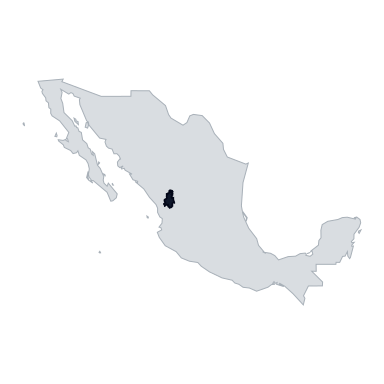 Mezquital, Durango, Mexico (highlighted)
{"feature_id": "50627088B27978292872391", "entity_name": "Mezquital", "entity_type": "district", "adm_level": 2, "iso_a3": "MEX", "parent_name": "Mexico", "parent_adm1": "Durango", "projection": "robinson", "projection_center": [-104.475, 23.057], "detail": "fine", "context": "in_parent", "style": "filled", "palette": "ink", "viewbox_px": 384, "rotation_deg": 0, "n_neighbors": 0, "source": "geoboundaries", "source_scale": "gbopen_adm2", "svg_char_len": 6818}
<svg xmlns="http://www.w3.org/2000/svg" viewBox="0 0 384 384"><path d="M38.0,81.3L63.2,79.1L61.9,81.7L101.3,96.4L130.9,96.3L131.0,90.7L149.4,90.8L152.6,94.8L165.5,105.6L168.6,114.6L171.0,118.1L183.0,125.2L186.9,122.6L189.8,115.9L193.4,114.4L202.2,115.6L209.5,123.0L214.4,133.6L222.9,143.3L223.5,149.4L227.3,157.0L245.8,164.1L248.3,163.0L243.0,182.6L241.4,205.9L242.3,210.9L247.2,217.7L246.2,221.3L246.4,217.6L242.4,211.9L243.7,217.2L248.7,228.2L256.7,238.7L258.5,245.3L264.1,252.0L262.6,251.8L265.8,253.4L264.8,252.4L270.6,253.3L274.8,255.6L278.5,259.9L288.2,256.6L295.5,256.2L300.2,253.6L305.3,253.1L306.3,254.1L305.9,255.4L310.1,256.3L312.8,254.2L312.0,250.8L310.7,251.6L311.0,250.9L318.4,245.2L318.9,240.5L321.0,237.8L320.9,230.2L322.2,224.6L327.8,221.3L337.9,219.5L342.3,217.6L347.2,217.2L355.4,219.1L356.0,217.9L353.9,217.8L356.7,217.0L360.0,219.5L360.7,222.8L359.1,227.3L354.0,234.2L353.9,238.8L351.3,241.6L351.8,242.7L354.2,242.3L351.7,245.2L351.8,246.3L353.4,246.0L350.4,257.5L349.6,258.6L347.8,256.0L347.4,251.6L345.1,256.1L342.6,256.4L339.7,262.4L336.1,262.3L335.9,264.3L316.1,264.3L316.2,271.3L311.7,271.2L322.6,282.0L322.4,285.9L308.4,286.0L303.5,295.8L304.9,298.3L303.3,304.9L293.0,293.7L284.7,286.2L279.7,283.3L279.2,284.0L283.8,286.6L276.6,284.3L277.1,282.5L275.2,283.3L274.0,281.6L272.7,283.4L275.1,284.2L271.5,284.6L268.0,287.2L256.6,291.2L249.3,288.0L243.1,287.3L238.9,284.3L234.8,283.0L232.1,280.2L222.0,277.9L209.5,271.9L201.3,266.3L197.8,262.5L189.4,261.2L181.3,257.9L176.2,251.7L165.2,245.7L159.3,237.4L157.3,232.3L161.7,229.9L161.0,227.8L159.0,227.1L162.0,223.2L162.3,218.6L159.9,217.0L157.6,212.4L157.6,208.2L156.0,204.5L149.5,197.4L143.8,188.9L135.0,181.5L137.5,182.9L137.7,181.3L133.0,179.8L129.5,174.0L132.0,174.1L125.1,170.2L124.2,168.3L121.6,169.0L121.2,168.1L123.1,165.9L119.8,167.6L117.8,165.9L117.4,162.1L119.9,158.8L120.7,159.4L119.1,155.9L116.9,153.7L114.0,153.8L112.1,149.1L108.5,148.1L106.4,146.1L105.0,142.0L106.0,139.4L99.7,138.1L88.9,125.0L88.3,121.9L86.7,120.9L79.9,104.7L79.4,99.8L80.2,98.2L74.2,96.1L72.9,93.5L70.9,92.6L68.8,94.1L60.7,89.2L62.1,92.4L60.9,98.5L62.7,103.3L64.0,112.6L72.2,120.7L74.8,126.2L76.0,125.9L76.6,127.6L77.8,127.8L79.0,131.3L81.3,132.4L82.6,139.9L86.8,143.6L88.2,147.8L90.2,149.1L91.6,154.1L93.3,155.3L92.4,151.6L94.7,153.8L97.5,165.2L100.2,168.4L103.8,176.6L103.2,180.1L104.0,183.2L107.1,186.2L108.3,183.1L117.2,193.9L116.3,197.8L112.8,200.8L110.8,201.2L107.1,192.3L93.1,180.5L91.8,180.7L89.0,177.0L88.4,174.4L89.3,168.9L88.1,163.6L86.0,159.9L79.3,155.3L77.9,150.8L76.6,152.7L73.1,153.6L70.6,150.5L64.3,147.4L63.3,144.8L58.6,141.0L58.2,139.7L63.1,140.4L66.0,139.3L66.0,140.5L68.4,141.7L67.5,138.7L66.4,138.5L68.8,132.4L59.7,120.9L52.1,115.9L50.7,113.3L50.8,109.1L48.9,107.7L48.4,102.8L46.0,100.8L45.7,97.9L42.4,93.4L41.9,91.3L43.0,89.8L40.7,88.0L38.0,81.3ZM88.5,125.2L87.6,128.1L85.2,127.2L86.2,122.7L87.7,122.3L88.5,125.2ZM78.4,124.6L74.9,121.4L74.0,118.1L75.8,119.2L76.2,121.0L78.0,121.5L78.4,124.6ZM359.2,233.4L358.3,232.4L358.7,231.0L361.0,229.9L359.2,233.4ZM89.1,180.6L86.6,177.6L88.1,171.4L87.7,177.0L89.1,180.6ZM56.8,136.8L54.9,136.4L56.3,133.1L57.1,135.6L56.8,136.8ZM24.6,126.0L23.0,123.9L23.4,122.9L24.0,123.0L24.6,126.0ZM91.2,180.7L92.8,183.1L89.6,180.8L91.2,180.7ZM148.4,217.1L148.1,218.1L147.2,217.7L146.9,216.0L148.4,217.1ZM104.8,174.5L105.4,176.3L103.7,174.0L104.8,174.5ZM98.7,162.0L99.6,162.9L98.2,164.6L98.7,162.0ZM100.6,252.8L99.9,253.0L99.0,252.3L99.8,251.3L100.6,252.8ZM308.7,253.1L307.0,253.6L310.0,252.5L308.7,253.1ZM113.3,185.1L112.4,184.9L112.2,183.1L113.3,185.1Z" fill="#d9dde1" stroke="#a8b0b8" stroke-width="1"/><path d="M172.4,192.6L172.7,192.0L172.3,192.0L172.3,191.6L172.3,191.4L172.3,191.2L172.3,190.9L172.2,190.9L172.1,190.7L171.7,190.5L171.4,190.6L171.1,190.5L170.8,190.3L170.5,190.5L170.1,190.4L170.1,190.6L169.8,190.5L169.7,190.4L169.4,190.7L169.7,190.8L169.5,191.1L169.8,191.1L170.2,191.4L170.4,191.3L170.5,191.3L170.5,191.2L170.7,191.3L170.8,191.4L170.9,191.6L170.5,191.8L170.5,191.7L170.4,191.8L170.2,191.6L170.1,191.8L169.9,191.9L170.0,192.1L170.3,192.1L170.5,192.1L170.5,192.3L170.3,192.3L170.0,192.3L169.7,192.3L169.7,192.0L169.7,191.9L169.3,192.6L169.2,192.8L168.9,192.7L168.1,193.2L168.3,193.4L168.2,193.6L168.3,193.7L168.0,193.9L167.9,193.8L167.6,193.5L167.4,193.8L166.6,193.8L166.6,195.2L167.1,194.6L167.2,194.8L167.0,195.0L167.0,195.3L166.9,195.4L166.7,195.4L166.7,195.5L166.7,195.8L166.7,196.1L166.5,196.5L166.6,196.9L166.6,197.0L166.8,197.3L166.7,197.5L166.8,197.7L166.8,197.8L166.7,197.8L166.7,198.0L166.8,198.1L166.7,198.2L166.6,198.3L166.4,198.7L166.2,198.7L166.1,198.8L165.9,198.9L165.9,199.0L165.7,199.0L165.4,199.3L165.2,199.2L165.1,199.3L164.9,199.4L164.7,199.6L164.6,199.8L164.4,199.9L164.4,200.0L164.5,200.0L164.4,200.2L164.5,200.3L164.5,200.6L164.4,200.7L164.4,200.8L164.5,201.0L164.7,201.3L164.7,201.6L164.6,201.8L164.8,202.0L165.0,202.2L165.4,202.1L165.5,202.2L165.5,202.3L165.5,202.5L165.4,203.0L165.5,203.0L163.9,203.7L163.8,203.8L163.8,204.1L164.5,205.0L164.7,206.1L165.0,206.0L166.0,204.7L166.1,204.2L166.3,204.2L166.4,204.3L166.5,204.3L166.6,204.2L166.8,204.2L166.9,204.3L167.0,204.4L166.9,204.5L166.9,204.8L167.0,204.9L166.9,205.0L167.0,205.0L167.4,205.3L167.5,205.2L167.6,205.4L168.0,205.3L168.1,205.2L168.1,205.3L168.1,205.5L168.2,206.5L168.4,206.5L168.8,206.5L168.8,206.8L168.9,207.0L169.0,207.3L169.3,207.4L169.3,207.5L169.3,207.4L169.4,207.6L169.5,207.6L169.7,207.8L169.8,208.0L170.0,207.9L170.0,207.7L169.9,207.6L170.3,207.5L171.3,207.0L171.5,207.2L171.7,206.9L171.8,206.9L171.9,206.7L172.1,206.5L172.1,206.4L172.0,206.1L171.8,205.8L171.8,205.7L171.9,205.4L172.0,205.3L172.3,205.1L172.4,204.9L172.5,205.0L172.5,204.9L172.4,204.8L172.3,204.7L172.2,204.6L172.3,204.5L172.3,204.4L172.2,204.2L172.3,204.1L172.2,204.0L172.3,203.9L172.3,203.6L172.4,203.3L172.4,203.1L172.5,203.1L172.7,202.9L172.8,202.9L172.9,202.7L173.0,202.6L173.3,202.8L173.6,202.8L173.8,202.7L173.9,202.8L174.0,202.8L174.1,202.7L174.2,202.8L174.4,202.8L174.4,202.7L174.2,202.4L174.2,202.5L174.2,202.4L174.2,202.2L174.2,202.3L174.1,202.2L174.1,201.9L174.0,201.7L174.1,201.3L174.0,201.1L173.9,201.0L173.8,200.9L173.7,200.8L173.6,200.7L173.5,200.3L173.5,200.1L173.4,200.1L173.4,198.2L173.4,197.8L173.2,197.9L172.9,197.9L172.7,197.9L172.5,197.6L172.4,197.7L172.3,197.8L172.2,197.9L171.9,198.0L171.9,197.9L171.6,197.8L171.4,197.5L171.4,197.4L171.4,197.1L171.4,196.9L171.4,196.7L171.5,196.7L171.6,196.1L171.8,196.1L172.0,196.0L172.0,195.9L172.2,195.5L172.2,195.4L172.2,195.1L172.1,194.9L172.2,194.7L172.0,194.8L171.8,194.8L171.6,194.5L172.1,194.5L172.0,194.4L172.0,194.2L171.8,194.2L172.0,194.0L171.9,193.9L172.1,193.6L172.3,193.5L172.3,193.2L172.0,193.1L171.9,192.8L171.9,192.4L171.5,192.3L171.5,192.2L171.9,192.3L172.2,192.4L172.3,193.1L172.3,192.8L172.4,192.6Z" fill="#0f172a" stroke="#020617" stroke-width="1.5"/></svg>